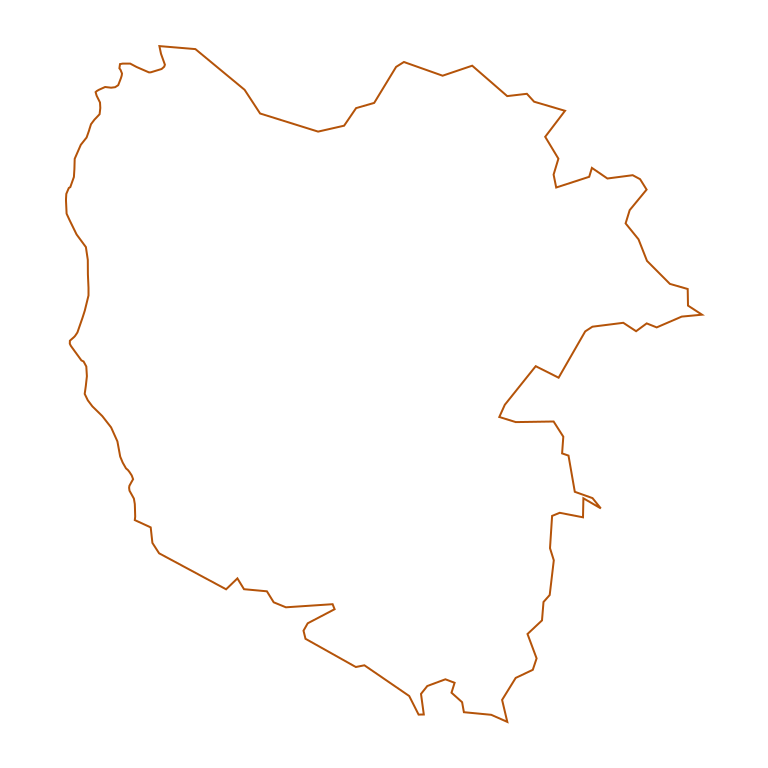 Mavrovo and Rostusha, Mavrovo and Rostusa, North Macedonia (Albers equal-area conic projection)
{"feature_id": "65306769B57665907630306", "entity_name": "Mavrovo and Rostusha", "entity_type": "district", "adm_level": 2, "iso_a3": "MKD", "parent_name": "North Macedonia", "parent_adm1": "Mavrovo and Rostusa", "projection": "albers", "projection_center": [20.658, 41.644], "detail": "fine", "context": "isolated", "style": "outline", "palette": "amber", "viewbox_px": 768, "rotation_deg": 0, "n_neighbors": 0, "source": "geoboundaries", "source_scale": "gbopen_adm2", "svg_char_len": 2245}
<svg xmlns="http://www.w3.org/2000/svg" viewBox="0 0 768 768"><path d="M418.6,714.6L423.8,714.5L421.0,693.9L427.3,686.0L445.4,679.3L454.6,682.8L451.5,692.7L462.1,702.2L463.9,712.2L491.2,714.8L507.3,721.9L502.1,699.9L515.7,677.9L532.8,669.8L536.6,658.4L527.5,634.0L542.0,620.4L543.5,602.0L549.7,595.0L553.8,560.3L550.0,548.2L552.1,515.9L559.7,512.8L583.0,517.3L583.4,498.3L600.8,508.4L592.5,498.1L574.8,491.8L568.5,455.6L562.1,453.4L563.3,436.7L553.6,421.5L515.8,422.1L499.3,417.0L504.8,404.8L535.7,366.2L558.6,377.7L585.2,331.4L592.4,326.7L623.3,322.8L636.1,331.2L646.7,323.4L656.7,327.4L681.7,316.6L702.0,314.7L688.0,305.6L687.7,289.0L669.9,283.9L647.0,260.9L638.5,239.3L625.6,223.4L629.7,210.1L646.6,189.6L640.1,179.2L632.7,175.2L607.4,178.5L591.9,167.9L589.2,176.8L556.2,187.5L553.6,174.6L558.4,158.7L545.2,136.8L565.0,110.8L534.1,101.7L526.9,93.8L507.2,96.1L472.2,65.7L442.6,75.7L403.9,62.0L396.1,66.9L374.2,102.9L356.1,108.1L344.1,125.7L318.1,131.6L260.1,113.5L244.6,89.8L195.4,49.1L159.4,46.1L161.0,53.8L164.9,64.7L164.2,66.7L161.6,69.0L150.8,72.3L149.0,72.4L136.6,67.0L130.2,63.6L123.9,63.6L122.7,63.6L120.0,64.1L119.4,68.3L120.5,69.8L122.0,73.5L121.7,75.6L120.9,78.2L118.2,85.2L115.1,87.2L111.1,87.7L105.1,87.0L98.7,89.9L96.7,91.1L95.6,92.1L96.6,95.6L100.0,102.5L100.3,108.0L99.6,114.2L94.4,119.7L91.0,124.2L89.8,128.0L89.4,129.2L89.1,130.4L86.6,137.5L80.8,144.8L74.7,158.8L74.4,169.1L73.9,177.0L70.3,187.1L68.8,188.0L66.3,193.9L66.0,199.1L66.0,200.8L66.6,213.7L69.7,220.4L76.6,234.5L85.9,247.1L87.8,259.9L87.9,274.3L88.5,287.9L88.5,295.5L84.8,310.6L82.5,317.8L77.4,332.5L75.1,335.9L74.1,337.0L69.9,340.7L69.8,343.7L70.8,345.8L74.7,351.2L81.4,360.4L83.6,361.5L86.3,366.5L86.9,376.2L85.8,386.1L84.7,393.9L87.8,400.3L92.4,406.4L102.3,416.1L111.1,427.4L117.4,441.4L120.2,456.6L122.7,462.6L126.0,468.4L127.9,470.0L129.4,471.9L131.7,475.4L133.1,479.2L131.2,482.5L129.4,485.8L129.1,487.8L129.5,490.7L131.4,494.1L133.9,498.6L134.8,504.0L134.9,506.5L135.2,516.6L134.8,520.1L150.7,527.4L152.4,542.9L159.1,553.3L226.1,589.3L237.4,578.4L244.0,589.2L266.9,591.3L273.7,602.3L285.9,607.3L332.6,604.2L334.6,609.2L307.7,623.3L303.5,630.7L305.5,638.8L355.8,667.0L364.4,665.3L409.2,696.0L418.6,714.6Z" fill="none" stroke="#b45309" stroke-width="2"/></svg>